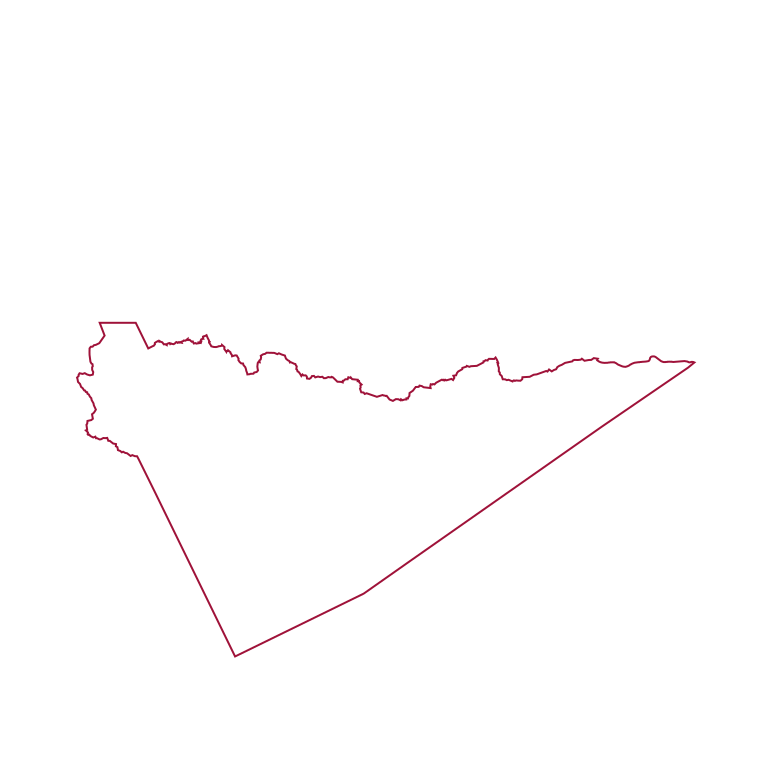 outline of Kagua/Erave District, Southern Highlands, Papua New Guinea, rotated 334°
{"feature_id": "67681753B36334387735216", "entity_name": "Kagua/Erave District", "entity_type": "district", "adm_level": 2, "iso_a3": "PNG", "parent_name": "Papua New Guinea", "parent_adm1": "Southern Highlands", "projection": "natural_earth1", "projection_center": [144.087, -6.522], "detail": "fine", "context": "isolated", "style": "outline", "palette": "rose", "viewbox_px": 768, "rotation_deg": 334, "n_neighbors": 0, "source": "geoboundaries", "source_scale": "gbopen_adm2", "svg_char_len": 5544}
<svg xmlns="http://www.w3.org/2000/svg" viewBox="0 0 768 768"><g transform="rotate(334 384 384)"><path d="M187.7,220.2L155.3,204.4L154.1,218.0L146.0,222.5L142.2,222.5L140.3,222.0L138.5,222.7L136.8,222.0L135.0,222.9L133.3,226.2L132.1,228.8L129.9,235.3L130.0,237.3L130.7,238.4L130.0,240.4L129.0,241.0L127.9,243.4L127.9,245.8L126.4,247.9L123.5,247.3L121.3,245.3L119.8,243.1L117.5,242.8L115.1,240.9L113.5,241.9L113.1,242.9L110.9,243.7L110.7,245.2L109.9,248.0L110.8,250.7L110.5,253.9L111.3,255.5L111.7,258.3L112.5,258.9L112.5,260.4L113.6,261.3L113.2,262.7L114.1,264.1L114.1,266.4L114.7,268.4L114.2,270.2L114.4,274.1L113.9,275.9L113.8,280.7L112.0,281.9L110.5,282.7L108.3,283.2L107.1,287.6L105.1,288.1L101.3,287.2L99.9,289.5L98.7,290.2L97.1,295.1L95.7,295.0L96.7,297.8L95.6,299.3L95.9,300.1L96.9,300.3L97.3,302.0L99.2,304.6L101.5,304.8L101.4,306.5L102.3,306.9L104.0,309.1L105.3,309.6L108.1,309.5L109.8,310.5L111.6,311.1L111.3,314.2L112.6,314.9L114.5,318.8L116.8,320.5L115.7,322.4L116.7,323.9L115.9,326.8L117.6,328.6L118.4,330.5L119.8,330.5L121.2,332.5L122.7,333.6L124.7,337.6L126.6,337.6L128.5,339.7L130.4,340.7L130.5,343.7L130.7,381.7L130.7,563.6L273.9,563.5L330.0,554.5L561.3,517.8L664.4,502.6L672.4,500.7L671.6,499.8L670.5,499.1L669.7,498.8L668.8,498.8L667.9,498.4L667.2,497.8L667.2,497.6L666.5,496.8L664.1,495.1L653.6,491.0L652.0,489.9L651.8,489.9L650.8,489.3L648.6,488.3L648.2,488.3L646.9,487.7L646.6,487.7L645.0,486.9L644.2,486.2L643.1,485.0L639.9,478.7L639.1,477.8L638.5,477.4L637.9,477.1L636.7,476.7L635.7,476.7L634.7,477.2L633.5,478.6L632.3,479.3L631.5,479.3L629.1,478.6L625.4,477.1L624.6,476.9L623.9,476.5L622.8,476.3L622.4,476.0L618.4,474.7L616.1,474.5L614.9,474.5L614.7,474.6L613.9,474.5L612.6,474.8L610.9,474.8L608.7,474.5L607.0,473.5L605.8,472.5L602.9,469.2L601.7,467.0L600.4,465.4L600.1,465.4L599.6,465.0L596.8,463.7L596.4,463.7L595.7,463.3L594.2,462.9L591.3,461.6L589.4,460.4L588.5,459.6L588.2,459.4L587.2,458.2L586.0,456.1L586.8,455.2L587.2,455.0L583.9,452.7L580.9,453.2L578.6,452.2L574.4,451.0L572.9,448.0L571.5,448.4L568.7,447.4L565.9,445.9L564.4,445.6L563.2,446.2L556.0,444.4L552.2,444.7L549.6,444.5L547.2,444.8L545.2,446.2L542.8,445.9L540.3,446.2L538.7,443.3L536.4,444.5L535.5,443.4L525.5,442.3L522.6,441.3L518.1,441.4L511.4,438.6L510.3,440.3L508.1,440.9L505.9,439.7L504.3,438.7L503.0,438.6L502.4,437.7L501.4,437.7L500.7,438.1L497.8,434.8L496.1,434.4L494.9,432.9L492.8,431.8L493.3,428.4L492.4,426.0L493.1,424.4L492.7,423.0L494.3,419.9L494.8,416.3L495.8,415.5L495.2,414.5L496.0,414.1L496.1,411.6L495.9,409.1L494.0,409.8L489.4,407.4L488.0,407.8L487.4,408.3L485.7,407.1L484.3,407.5L483.4,407.2L482.8,408.2L475.4,408.4L469.9,406.1L468.3,406.0L466.3,404.0L465.6,404.5L461.5,403.9L460.8,405.0L456.1,405.3L454.4,406.1L452.6,407.8L450.0,407.0L449.9,409.3L447.8,410.7L446.9,409.0L441.8,408.1L440.9,407.0L440.1,407.4L439.5,406.4L438.8,406.6L438.0,405.5L436.4,405.5L431.4,405.7L429.2,406.5L428.0,405.5L427.2,405.7L425.9,404.7L424.6,406.3L424.1,408.1L418.2,404.3L417.1,402.5L415.2,401.0L413.9,401.8L411.2,400.6L407.0,402.7L403.0,403.3L401.6,405.8L399.9,406.7L399.2,407.5L397.9,406.7L397.3,407.7L395.5,406.9L393.5,406.7L392.6,405.2L391.8,406.0L390.1,403.9L388.0,402.8L384.6,403.1L382.2,400.4L381.2,395.8L380.2,395.5L379.7,394.8L378.7,394.2L377.9,393.3L372.0,392.4L364.3,384.7L362.3,384.5L361.9,382.7L359.9,381.5L360.4,377.7L361.4,377.0L362.2,374.9L363.6,374.7L362.5,371.7L362.9,370.4L361.6,369.9L362.3,368.7L357.5,365.7L357.0,363.6L356.6,363.9L354.9,362.3L353.4,363.8L351.4,362.8L349.1,363.4L348.4,363.1L347.6,364.5L346.4,363.3L343.1,361.5L341.7,357.5L340.9,355.5L340.0,354.6L339.5,354.9L337.8,354.0L337.0,353.3L334.2,353.2L332.5,352.4L331.8,350.5L329.6,349.8L328.0,348.4L325.1,347.9L324.6,346.0L322.6,345.3L321.3,346.3L319.3,346.7L317.2,345.3L317.9,343.4L317.4,341.9L315.4,341.0L314.9,339.7L313.2,340.6L313.0,337.8L312.5,335.5L311.8,334.8L312.1,332.9L311.7,332.1L313.3,329.9L313.0,328.7L313.1,327.2L312.1,326.4L311.4,325.5L309.7,323.4L308.9,323.4L309.0,321.9L307.9,320.4L307.0,318.2L307.3,315.5L307.4,315.0L304.9,312.6L303.0,310.3L301.2,310.4L299.1,308.0L295.7,306.2L292.1,304.4L290.5,304.8L288.3,304.3L285.6,304.6L285.3,306.1L283.9,307.9L282.2,308.3L281.8,310.0L280.7,309.2L279.7,309.8L277.8,312.8L277.1,314.9L276.7,316.6L274.8,317.4L272.4,316.8L271.2,317.5L268.4,316.3L267.6,316.3L265.4,315.5L265.8,314.0L266.0,311.7L266.4,310.4L266.7,308.1L266.0,305.4L266.3,303.8L264.7,302.9L263.9,300.9L263.6,298.7L264.4,297.5L264.1,293.8L262.8,293.0L259.6,292.5L260.0,291.0L259.6,289.3L259.9,288.2L258.6,285.3L257.9,285.8L257.0,285.3L256.4,286.0L255.8,282.5L256.8,280.9L255.5,277.9L255.1,278.5L253.2,278.1L252.1,277.6L251.2,277.6L249.3,277.2L247.8,276.4L247.1,276.0L245.3,274.4L245.3,273.1L245.0,270.6L245.6,269.9L245.1,269.7L245.8,268.3L245.7,265.4L245.9,262.3L244.0,262.4L243.0,262.1L242.1,262.1L241.8,263.1L241.2,263.4L241.3,264.1L240.7,263.9L239.2,263.8L237.4,265.4L238.3,265.8L237.3,266.8L236.1,265.6L235.7,265.4L235.6,266.2L233.0,265.4L232.5,264.6L230.8,264.2L230.8,261.9L229.7,261.7L228.7,259.1L227.8,258.9L227.6,258.5L226.8,258.3L227.3,257.4L224.5,258.0L223.0,257.1L222.5,257.4L220.2,257.2L220.2,258.2L218.7,257.1L218.3,256.6L217.8,256.9L217.4,256.4L216.5,256.5L216.0,255.4L215.1,255.3L214.2,255.8L212.4,256.0L210.6,254.7L210.3,254.2L209.3,254.4L209.2,253.2L208.1,252.9L206.3,252.9L205.8,253.8L204.7,252.2L203.5,251.9L203.0,249.3L202.0,248.4L200.9,246.7L200.4,247.3L199.5,246.3L197.7,246.4L196.1,246.6L195.6,247.4L195.5,247.9L195.0,248.1L193.8,248.7L192.7,248.6L187.7,248.7L187.7,220.2Z" fill="none" stroke="#9f1239" stroke-width="2"/></g></svg>